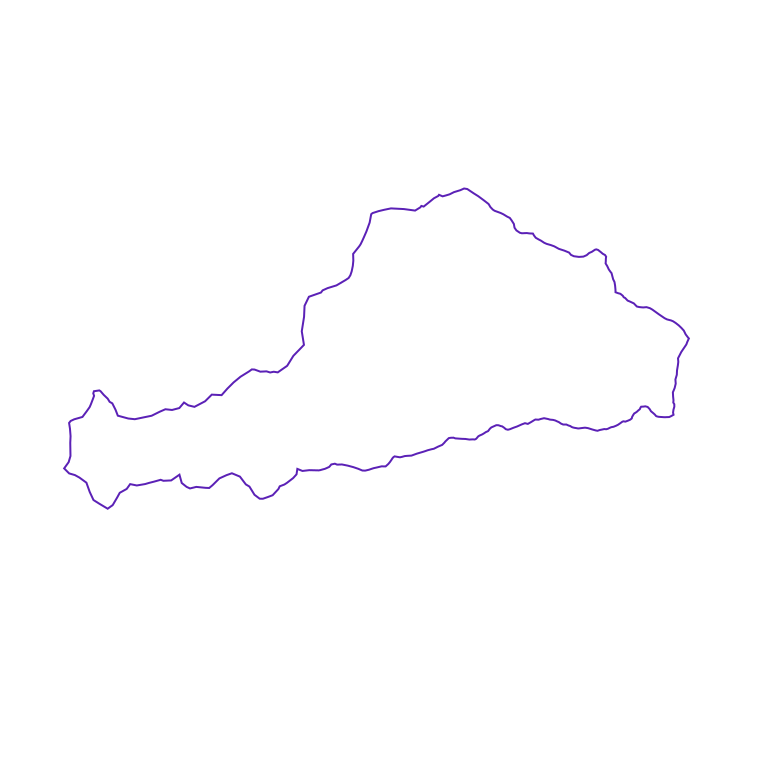 outline of Phuentenchhu, Chirang, Bhutan, rotated 200°
{"feature_id": "84629894B77854435497479", "entity_name": "Phuentenchhu", "entity_type": "district", "adm_level": 2, "iso_a3": "BTN", "parent_name": "Bhutan", "parent_adm1": "Chirang", "projection": "mercator", "projection_center": [90.22, 27.109], "detail": "fine", "context": "isolated", "style": "outline", "palette": "violet", "viewbox_px": 768, "rotation_deg": 200, "n_neighbors": 0, "source": "geoboundaries", "source_scale": "gbopen_adm2", "svg_char_len": 4990}
<svg xmlns="http://www.w3.org/2000/svg" viewBox="0 0 768 768"><g transform="rotate(200 384 384)"><path d="M415.8,280.5L414.4,281.3L413.6,281.9L412.2,282.9L410.6,284.0L409.0,285.5L407.1,287.4L406.0,290.4L402.9,292.3L400.5,292.2L396.0,294.0L390.1,294.9L384.3,295.4L379.3,295.5L374.7,295.3L372.0,296.2L368.8,298.3L366.7,300.0L364.9,301.4L362.2,303.1L358.1,305.8L354.3,307.1L352.6,310.3L351.8,312.5L351.2,314.7L350.6,317.3L350.1,318.5L349.3,319.6L345.4,320.3L343.9,320.6L342.0,321.8L339.8,323.4L337.2,324.6L333.7,326.1L329.3,329.8L324.0,333.7L322.2,335.1L320.4,336.6L317.1,338.9L315.0,340.2L311.7,343.7L308.5,346.7L307.2,349.5L306.7,351.0L304.6,355.3L303.1,356.2L300.4,357.3L298.4,357.3L292.4,359.0L288.7,360.2L284.8,361.0L281.5,362.4L279.7,362.9L278.6,364.1L277.5,367.1L276.5,368.3L274.7,370.0L273.5,371.4L271.8,373.7L270.1,375.3L269.2,378.2L268.3,379.9L264.4,383.7L262.3,384.4L259.9,384.4L258.4,384.6L255.8,383.9L254.2,383.2L251.9,383.4L250.2,384.6L247.2,387.3L244.4,389.6L240.8,393.1L238.1,395.4L235.2,395.7L232.8,398.5L230.5,401.4L229.6,402.4L226.6,403.3L224.8,404.7L221.9,406.6L217.9,407.2L215.9,407.3L212.8,408.1L210.5,408.3L208.6,408.1L206.7,408.0L204.0,407.3L201.8,407.2L198.7,408.3L196.5,408.1L194.4,408.2L193.1,407.8L191.4,407.8L189.8,408.0L188.3,408.3L186.4,408.6L185.5,409.0L182.6,410.5L180.2,411.7L178.8,412.0L177.2,412.3L175.2,412.4L172.7,412.5L168.9,412.8L167.3,413.1L165.6,414.5L163.8,415.6L161.6,417.0L159.7,417.5L158.3,418.5L156.9,420.0L155.6,421.2L153.7,422.3L151.6,424.2L150.1,425.8L148.6,427.9L147.2,430.0L146.3,430.8L144.3,431.2L142.2,433.0L140.5,434.6L139.4,436.4L139.6,437.7L139.3,439.8L138.8,441.9L137.7,443.2L136.7,444.7L136.1,446.0L135.0,447.8L134.9,449.6L134.6,450.6L132.5,451.5L130.8,452.4L128.4,452.6L125.8,451.3L123.8,449.7L121.0,448.7L119.0,447.9L117.5,447.0L116.5,446.9L114.7,447.1L109.1,448.7L104.7,450.5L103.4,451.8L101.4,454.1L102.6,456.0L103.2,458.9L103.4,461.9L104.3,464.3L105.8,465.5L106.4,467.7L108.0,471.0L109.7,475.0L109.6,476.9L109.5,479.6L110.0,484.1L111.7,487.9L112.0,492.8L113.3,497.0L114.2,501.9L115.0,505.4L116.5,508.7L115.6,515.8L113.4,524.6L113.4,527.2L113.1,531.1L114.1,531.6L117.5,533.8L120.5,536.7L123.7,538.4L127.1,539.9L130.8,541.1L133.8,541.8L136.0,541.9L140.1,541.5L142.8,541.8L149.5,543.5L154.8,545.0L157.3,545.7L160.1,546.2L163.6,546.0L166.6,544.6L168.4,544.1L170.5,543.6L172.9,543.3L175.6,544.6L176.8,545.2L181.4,545.6L183.6,545.7L186.8,547.3L188.4,547.5L189.8,548.6L192.7,549.6L195.0,549.4L197.8,549.4L198.8,551.9L200.5,555.5L202.3,558.7L204.5,560.8L208.1,566.0L209.6,566.9L211.9,568.5L214.5,571.1L217.0,573.1L217.5,575.0L218.4,577.7L218.8,579.6L220.4,580.8L223.0,581.2L225.4,582.1L228.7,583.2L230.6,583.1L231.7,582.3L233.9,579.3L236.0,577.3L237.6,574.4L240.2,571.9L244.3,570.1L249.3,569.0L252.5,569.3L255.0,570.8L260.1,571.0L265.9,570.8L271.1,571.6L274.9,571.6L279.1,571.3L281.8,571.5L285.6,572.4L287.9,572.7L291.4,573.3L293.9,574.9L295.5,576.3L299.0,575.2L301.4,574.7L306.0,572.8L308.1,572.6L312.1,573.6L314.8,575.5L316.7,578.8L320.2,581.5L322.6,583.1L325.5,583.4L329.9,584.3L332.9,584.6L339.3,584.6L341.4,585.1L344.6,586.7L345.9,587.8L347.3,588.9L353.2,590.8L359.6,592.7L364.7,593.8L369.2,594.9L372.4,595.7L375.6,595.1L378.6,592.2L383.9,588.2L387.2,584.7L390.4,582.3L393.1,580.4L397.0,580.6L397.4,579.2L400.6,575.6L402.9,571.7L407.4,564.3L409.8,564.1L410.3,562.4L414.1,557.6L425.1,555.2L437.5,551.4L443.2,547.9L448.2,544.6L453.2,540.7L454.1,539.2L452.7,530.8L452.7,521.3L453.1,514.8L453.4,510.9L453.8,507.2L454.4,504.8L457.5,495.7L455.0,489.4L453.7,484.3L452.9,478.8L452.8,474.7L453.5,471.5L455.7,468.5L462.4,460.4L469.8,454.8L473.7,451.0L474.5,448.4L478.3,445.3L484.4,440.3L485.4,430.3L482.1,419.8L479.3,405.4L472.6,393.4L474.5,389.1L478.8,379.5L481.2,368.0L487.8,358.6L491.8,357.8L494.9,355.9L498.7,355.7L504.4,353.3L510.6,353.3L513.2,352.5L515.1,349.7L521.3,341.8L525.9,334.0L529.6,326.1L532.8,318.0L542.2,315.1L546.2,306.6L550.3,302.1L554.3,297.7L560.6,297.0L565.6,298.2L568.1,291.4L574.3,287.1L580.8,285.5L585.3,281.2L591.5,274.7L598.5,270.4L606.1,265.7L612.5,264.1L623.3,263.2L627.5,268.0L632.7,272.9L635.7,273.4L638.6,275.7L643.6,277.9L647.9,280.3L649.3,280.6L654.1,278.0L654.0,275.8L652.4,273.7L652.4,270.6L652.5,264.6L652.7,261.6L654.1,256.5L656.1,249.9L663.0,244.9L665.8,242.1L666.6,239.7L663.8,234.6L660.7,227.8L658.7,221.4L654.0,209.1L653.6,202.7L655.7,195.3L649.3,192.3L643.3,192.7L638.2,191.9L629.9,189.5L623.6,181.9L619.5,177.8L617.3,175.6L610.4,174.1L601.0,172.3L597.5,177.5L595.9,186.2L595.1,191.4L589.9,197.4L588.3,203.1L581.6,204.1L574.2,208.3L571.1,210.6L566.7,213.6L561.1,217.6L558.2,217.6L551.0,220.6L545.2,228.8L540.2,221.8L534.3,219.8L530.6,219.5L525.2,223.1L516.2,225.4L512.7,226.5L510.5,230.3L506.4,239.0L500.8,244.5L496.4,248.1L487.7,247.7L479.5,242.4L475.4,241.6L467.8,235.6L461.6,233.7L458.5,234.8L454.2,238.3L450.6,241.4L447.3,249.2L447.0,252.2L443.2,255.5L441.4,257.9L437.2,264.5L435.3,269.2L436.4,274.6L430.9,274.4L424.7,277.5L415.8,280.5Z" fill="none" stroke="#5b21b6" stroke-width="2"/></g></svg>